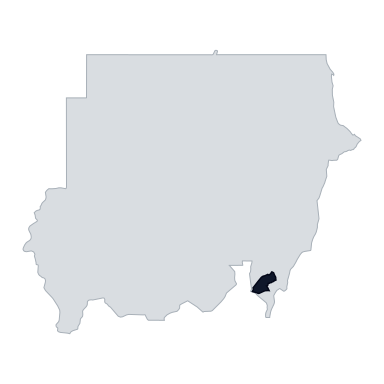 Baw, Blue Nile, Sudan shown in context
{"feature_id": "16777658B5498813311295", "entity_name": "Baw", "entity_type": "district", "adm_level": 2, "iso_a3": "SDN", "parent_name": "Sudan", "parent_adm1": "Blue Nile", "projection": "mercator", "projection_center": [33.983, 11.162], "detail": "fine", "context": "in_parent", "style": "filled", "palette": "ink", "viewbox_px": 384, "rotation_deg": 0, "n_neighbors": 0, "source": "geoboundaries", "source_scale": "gbopen_adm2", "svg_char_len": 4385}
<svg xmlns="http://www.w3.org/2000/svg" viewBox="0 0 384 384"><path d="M269.7,317.5L266.0,317.5L265.6,316.6L265.6,314.1L266.0,312.3L267.4,309.3L267.1,307.7L267.3,305.4L266.3,302.8L257.3,295.3L255.5,293.2L250.6,291.3L251.5,289.1L249.5,273.6L250.5,271.8L250.8,269.1L250.7,266.7L251.9,262.7L252.0,261.0L242.4,260.9L242.3,262.6L242.7,264.5L242.7,265.3L229.3,265.4L234.7,271.5L234.9,274.1L234.6,277.5L234.7,279.6L235.0,281.0L236.5,283.7L236.4,284.2L236.0,284.9L226.5,293.0L225.0,296.7L223.7,298.7L220.9,302.0L212.3,310.6L210.9,311.2L204.3,311.5L203.6,311.7L203.1,312.1L202.8,312.0L197.2,307.0L187.7,300.8L181.4,304.0L179.7,305.2L179.6,308.1L178.7,309.6L177.0,311.3L172.4,312.3L170.0,313.2L167.1,314.8L164.3,317.6L164.1,319.0L164.4,320.3L148.3,320.2L147.3,319.2L145.0,314.7L143.3,314.9L128.7,314.4L126.6,314.9L122.5,316.8L120.4,317.1L118.2,316.2L110.5,307.2L108.8,306.1L107.1,304.0L105.5,303.1L104.9,302.4L104.7,301.4L104.8,299.4L104.2,298.2L103.0,297.9L92.7,300.0L91.2,299.8L89.1,300.1L88.3,300.5L87.4,301.7L87.3,304.2L87.0,305.4L86.2,306.7L83.3,309.8L82.6,311.1L82.8,314.5L82.6,316.2L82.1,317.0L80.9,318.3L80.4,319.0L79.9,323.3L78.3,325.9L77.9,326.8L77.8,328.7L77.5,329.2L72.9,330.7L71.1,331.7L70.1,333.1L69.8,333.7L67.8,333.2L65.3,332.9L60.4,332.4L58.4,331.7L57.5,330.7L57.8,328.1L57.3,327.5L56.5,327.1L56.0,325.9L56.1,324.6L58.7,321.6L59.2,320.0L59.9,312.4L59.7,310.1L57.7,305.9L53.0,298.6L51.8,297.2L46.0,291.1L45.3,290.2L43.9,287.7L45.4,282.1L45.5,280.6L45.1,279.0L43.7,277.8L42.3,277.6L40.6,276.1L39.5,275.5L38.5,274.1L37.8,272.3L38.3,265.7L37.9,264.8L36.4,264.6L36.1,264.1L36.1,262.8L35.3,259.1L34.4,256.0L34.9,254.2L33.7,251.9L31.3,250.9L26.6,251.7L25.1,251.5L24.1,251.1L23.4,250.2L23.0,249.2L23.4,247.7L24.7,244.9L26.4,242.5L29.7,240.4L30.6,239.3L31.2,238.1L31.2,236.6L31.0,235.1L30.6,233.7L29.6,231.9L28.7,229.8L28.7,228.3L29.1,227.3L30.0,226.0L33.4,223.6L36.8,221.5L37.4,220.8L37.2,220.0L35.6,218.3L35.1,215.0L34.2,212.7L36.0,211.0L37.3,210.4L39.3,209.9L40.1,209.2L40.3,207.8L40.2,206.5L41.0,205.5L41.9,203.4L42.7,202.4L45.3,200.0L45.9,198.4L46.1,196.9L45.4,192.3L46.9,190.3L48.8,188.7L51.6,188.8L55.9,188.5L58.9,187.8L60.9,187.8L65.7,188.7L66.2,188.3L66.5,187.1L66.4,97.9L86.3,97.9L86.5,97.7L86.6,54.7L212.0,54.8L213.0,54.6L215.0,50.6L215.8,50.3L217.1,50.5L217.5,51.4L216.5,54.7L326.0,54.7L326.2,59.7L327.1,63.6L330.2,69.3L332.8,72.3L333.8,73.9L333.9,74.7L333.7,75.4L332.9,74.6L331.6,74.1L331.4,76.7L332.0,82.1L333.1,85.8L332.3,89.3L332.4,95.2L333.8,102.2L333.6,106.7L335.8,117.2L338.0,123.0L339.3,124.4L340.6,125.2L343.2,125.6L347.1,128.6L350.2,131.7L351.3,133.3L352.8,135.1L353.8,134.8L354.4,134.3L355.4,135.7L360.2,138.8L361.0,140.3L359.2,141.7L357.2,144.1L356.2,146.4L355.7,147.1L354.1,148.5L353.8,149.2L353.1,149.6L352.3,149.6L350.7,150.4L349.2,150.1L347.7,150.6L347.1,151.1L345.9,151.6L344.3,151.8L341.8,153.7L339.6,154.7L338.8,155.4L337.7,159.2L336.8,160.2L333.6,160.3L332.0,160.6L329.8,160.2L328.7,160.2L328.5,161.1L328.1,164.3L328.1,165.7L326.3,169.4L326.8,176.3L325.1,181.4L324.8,182.6L323.0,186.7L322.1,188.2L319.8,195.8L318.9,198.2L317.0,200.6L319.0,218.8L317.4,224.4L317.4,227.4L316.3,231.9L315.4,234.0L313.9,236.5L312.7,239.3L311.6,242.9L310.9,249.9L310.6,250.5L304.8,251.4L303.0,251.9L301.8,252.6L300.3,254.4L297.3,259.3L295.8,262.3L293.4,266.4L290.6,269.3L290.0,270.7L289.5,273.3L288.4,277.4L287.5,280.4L287.7,282.7L286.8,286.8L286.9,288.8L285.9,289.9L284.6,291.0L283.7,291.2L279.7,288.5L276.8,290.4L275.1,293.0L273.7,295.7L274.5,301.4L274.4,302.6L274.0,304.0L271.4,309.5L270.6,312.0L269.8,316.5L269.7,317.5Z" fill="#d9dde1" stroke="#a8b0b8" stroke-width="1"/><path d="M275.9,280.1L275.8,278.9L275.7,278.3L275.7,277.4L275.4,276.6L275.0,276.0L274.3,274.6L273.9,273.7L273.9,273.4L273.8,273.2L273.6,272.8L273.4,272.7L272.7,272.3L272.5,272.1L271.6,272.0L271.4,272.4L270.7,273.7L268.9,275.1L267.8,274.4L265.7,275.4L263.5,276.3L263.3,276.1L262.9,276.3L262.5,276.5L261.3,277.4L257.8,281.7L253.8,286.9L253.3,287.5L253.1,287.7L253.4,289.5L252.9,290.5L252.4,291.5L255.2,292.3L257.2,292.9L257.7,293.1L258.0,293.4L258.6,293.4L259.2,293.3L263.8,291.2L265.1,290.7L268.2,290.5L269.1,290.6L267.6,287.5L266.5,286.0L267.7,285.4L268.2,283.4L269.2,283.3L269.5,282.9L271.2,282.6L271.3,282.5L271.5,282.4L271.7,282.2L271.9,282.0L272.5,281.9L273.3,281.5L273.5,281.4L274.2,280.8L274.4,280.5L274.5,280.7L274.8,280.5L275.9,280.1Z" fill="#0f172a" stroke="#020617" stroke-width="1.5"/></svg>